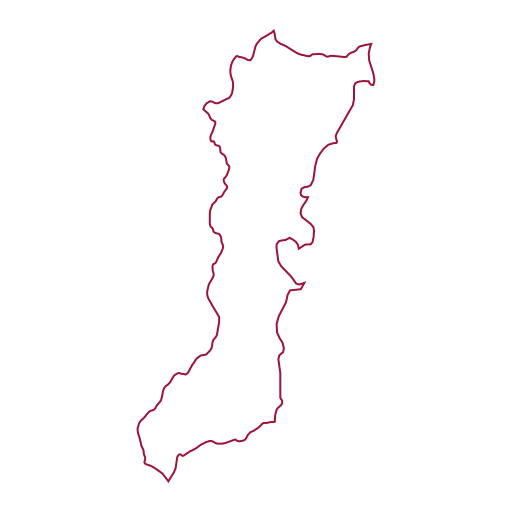 SVG path tracing the border of Chumphon
{"feature_id": "THA-375", "entity_name": "Chumphon", "entity_type": "Province", "adm_level": 1, "iso_a3": "THA", "parent_name": "Thailand", "parent_adm1": "", "projection": "natural_earth1", "projection_center": [99.017, 10.32], "detail": "fine", "context": "isolated", "style": "outline", "palette": "rose", "viewbox_px": 512, "rotation_deg": 0, "n_neighbors": 0, "source": "natural_earth", "source_scale": "10m", "svg_char_len": 5047}
<svg xmlns="http://www.w3.org/2000/svg" viewBox="0 0 512 512"><path d="M250.6,60.2L252.9,56.4L255.3,47.0L256.5,44.2L260.8,39.0L271.6,32.6L273.7,30.7L274.6,33.5L275.5,39.2L276.2,40.3L277.2,41.6L281.0,44.0L285.3,45.8L296.6,52.9L299.3,54.1L301.7,54.9L303.7,55.2L307.2,56.1L309.1,56.2L310.4,55.9L311.8,54.7L312.6,54.3L319.3,53.9L322.4,54.3L324.1,55.0L325.8,56.2L327.0,56.6L328.1,56.6L329.1,56.3L330.1,55.9L332.0,55.8L344.4,57.0L346.4,56.8L347.1,56.1L348.3,54.6L349.7,53.4L351.5,52.6L352.5,52.3L354.3,51.6L355.8,50.6L356.5,49.9L357.1,49.1L357.6,48.3L358.2,47.6L358.9,46.9L359.7,46.5L360.7,46.1L363.5,45.5L364.6,45.1L371.2,44.0L369.9,47.7L368.7,53.3L369.2,60.5L373.4,73.6L374.4,80.2L373.4,84.9L371.1,84.8L369.1,82.6L368.7,81.3L363.6,81.0L359.8,81.5L357.3,82.1L355.0,83.7L354.0,86.6L354.0,99.4L352.8,105.2L336.7,133.3L335.7,136.1L336.3,139.4L337.1,141.6L336.5,142.9L332.9,143.3L328.2,144.8L323.8,148.6L320.0,153.6L317.1,158.7L315.4,165.0L313.3,180.0L310.6,185.3L307.7,186.7L304.3,187.2L301.6,188.7L300.5,192.9L301.1,195.2L302.8,196.6L305.2,197.2L308.0,197.2L306.0,201.3L303.5,204.8L301.4,208.4L300.5,213.2L302.2,217.3L310.5,223.7L313.5,227.3L314.0,231.3L313.6,237.1L312.5,242.2L310.6,244.4L306.8,244.4L304.8,244.8L298.8,248.7L297.9,244.7L295.9,241.9L293.1,239.8L289.6,237.8L285.5,240.0L282.0,240.4L279.0,241.1L276.6,244.4L276.5,247.9L278.4,261.5L281.2,266.2L291.3,276.7L296.2,283.6L299.3,284.5L304.3,282.9L300.8,289.2L290.0,290.4L287.6,294.9L286.0,302.3L278.8,316.2L276.6,323.9L277.1,332.6L279.7,338.3L282.6,342.9L283.9,348.4L283.1,352.1L279.3,355.3L278.4,359.3L280.3,373.1L280.3,397.8L280.7,398.7L281.5,399.6L282.2,401.0L282.1,403.3L281.1,405.1L277.7,408.1L276.6,409.9L275.7,413.0L275.1,416.0L274.8,421.7L274.7,421.8L270.4,422.1L266.4,423.0L264.2,422.9L263.3,423.1L262.2,423.9L258.9,427.3L253.4,430.9L250.4,432.2L248.3,434.4L247.4,435.8L246.3,437.9L245.3,439.5L244.1,440.2L242.5,440.8L239.2,441.3L237.6,441.0L236.6,440.5L236.0,439.9L235.6,439.7L234.8,439.6L225.5,443.0L222.7,443.6L218.3,443.7L217.1,443.5L216.1,443.3L215.2,442.9L212.7,441.4L211.8,441.1L210.8,440.9L209.4,441.0L205.7,442.3L200.9,444.7L196.2,448.2L192.1,450.5L190.3,451.1L187.9,452.8L187.1,453.2L184.0,455.4L183.2,455.8L182.4,455.8L181.7,455.4L181.1,454.8L180.3,454.4L179.3,454.4L178.2,455.4L177.2,457.3L175.6,468.2L174.1,472.0L168.4,481.3L162.4,473.5L153.6,467.3L150.7,465.8L146.0,464.2L144.9,463.3L144.4,462.3L144.6,461.2L144.9,460.3L145.2,459.1L145.2,457.7L143.9,454.1L143.7,452.7L143.7,451.5L143.4,450.2L143.0,449.0L141.5,446.0L141.1,444.7L140.9,443.6L139.8,438.7L138.1,433.3L137.6,430.4L137.6,428.4L139.1,423.4L139.6,422.5L140.1,421.6L141.3,420.2L144.1,417.7L145.3,416.2L145.9,415.4L149.0,411.8L149.8,411.3L150.6,410.9L151.6,410.5L152.6,410.3L153.4,409.9L154.3,409.4L155.0,408.7L156.9,405.3L157.5,404.6L160.6,401.0L161.2,399.5L161.9,397.2L162.8,392.3L163.4,389.9L164.0,388.3L165.2,386.7L165.9,386.0L166.6,385.5L167.4,385.0L169.5,383.0L170.6,381.5L173.0,377.2L174.1,375.6L174.8,375.0L177.2,373.5L178.1,373.2L178.9,373.0L179.8,373.2L180.5,373.6L181.4,373.8L183.4,373.9L185.6,374.5L186.7,373.9L188.1,372.6L192.3,364.8L194.5,361.9L195.5,360.1L196.0,359.3L196.7,358.6L199.5,356.3L199.8,356.1L201.2,355.4L205.5,354.7L206.4,354.3L209.7,350.9L211.4,348.4L212.1,346.1L212.4,342.9L212.8,341.2L213.5,339.8L216.2,336.4L216.9,334.8L219.1,322.3L219.2,319.2L219.2,317.0L211.6,304.4L210.8,302.6L209.2,300.1L207.9,297.4L207.5,296.1L207.2,294.5L207.2,291.3L208.7,284.9L209.5,283.2L210.2,281.8L210.8,281.1L212.2,278.6L213.5,276.1L213.7,274.5L213.5,273.2L212.6,270.0L212.5,266.7L212.8,265.0L213.5,263.9L214.5,263.7L215.4,263.1L216.1,262.1L218.0,257.7L220.8,253.1L222.5,249.5L223.0,247.4L223.1,245.8L222.8,244.8L222.3,243.9L221.4,241.3L221.3,238.9L221.1,237.3L220.6,236.2L220.1,235.4L219.6,234.5L218.9,233.9L215.8,233.1L214.9,232.7L214.0,232.1L213.4,231.3L213.1,229.8L212.7,228.6L212.1,227.8L210.7,226.7L210.3,225.7L210.0,224.7L209.8,223.5L209.8,213.5L210.0,211.3L210.4,209.6L210.9,208.5L212.2,204.8L212.6,204.2L213.0,203.8L214.9,202.1L215.6,201.4L217.1,198.6L217.7,198.0L218.4,197.4L221.2,196.5L221.9,195.9L222.5,195.1L224.4,191.6L226.9,188.3L227.0,187.1L226.9,186.0L226.3,185.2L224.9,183.6L224.3,182.5L223.7,180.6L223.7,179.3L224.2,178.4L224.9,177.8L226.0,176.4L227.1,174.4L228.8,169.9L229.3,167.6L229.1,166.0L227.6,164.5L226.8,163.4L225.9,158.3L225.4,156.9L224.3,155.3L223.7,154.7L221.9,153.7L221.2,153.1L220.7,152.3L220.4,151.2L220.1,147.6L219.7,146.7L219.0,146.0L217.1,145.4L216.1,145.2L215.3,144.7L214.8,143.9L214.5,142.9L214.2,141.9L213.6,141.3L211.9,141.5L211.1,141.1L210.4,139.1L210.3,137.7L210.5,136.4L210.8,135.3L211.3,134.3L212.2,132.6L215.3,123.8L215.3,122.3L214.9,121.4L212.2,120.1L211.4,119.5L210.8,118.8L210.2,117.9L209.1,115.1L208.0,113.4L203.3,109.4L204.5,106.0L206.8,103.1L210.3,101.2L212.8,101.9L215.2,103.2L218.0,103.3L227.6,98.5L228.9,98.2L230.9,95.6L232.1,93.1L233.1,86.8L233.0,82.2L230.9,75.8L230.3,72.0L230.5,68.8L231.1,65.3L232.2,62.1L233.7,59.4L236.2,56.3L237.3,56.0L238.6,56.8L242.1,57.4L245.1,58.4L248.0,60.1L250.6,60.2Z" fill="none" stroke="#9f1239" stroke-width="2"/></svg>